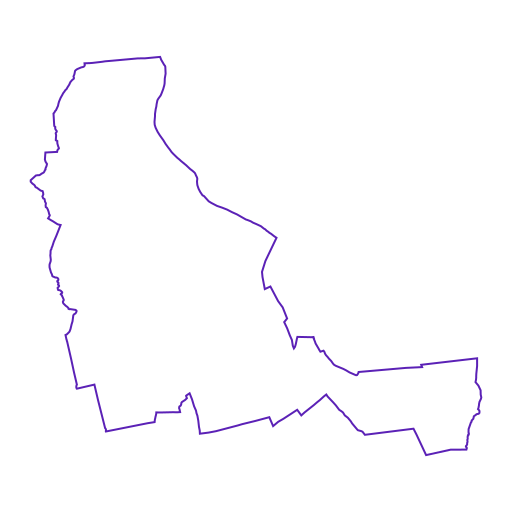 outline of Tansa, Iasi, Romania
{"feature_id": "2599482B58349207668580", "entity_name": "Tansa", "entity_type": "district", "adm_level": 2, "iso_a3": "ROU", "parent_name": "Romania", "parent_adm1": "Iasi", "projection": "robinson", "projection_center": [27.249, 46.905], "detail": "fine", "context": "isolated", "style": "outline", "palette": "violet", "viewbox_px": 512, "rotation_deg": 0, "n_neighbors": 0, "source": "geoboundaries", "source_scale": "gbopen_adm2", "svg_char_len": 5818}
<svg xmlns="http://www.w3.org/2000/svg" viewBox="0 0 512 512"><path d="M467.8,435.9L468.3,435.5L468.1,435.0L468.3,434.4L468.9,434.0L468.8,433.1L468.5,432.3L468.6,429.1L470.9,422.5L471.5,421.8L471.7,420.5L473.3,418.8L473.7,417.2L473.8,416.4L474.4,415.8L475.5,415.2L476.4,414.3L477.3,414.0L478.6,413.8L479.4,412.9L479.5,411.7L479.3,410.5L478.0,409.1L478.5,407.9L478.7,406.6L478.9,405.8L479.1,403.6L479.3,402.9L479.4,402.1L481.0,398.7L481.3,397.4L480.7,394.6L480.6,390.3L478.4,385.6L475.5,382.1L476.0,379.8L476.2,377.8L476.2,376.3L476.3,373.9L477.1,366.0L477.1,358.3L421.2,364.8L422.1,367.1L405.8,367.9L358.6,372.0L358.2,373.4L357.1,375.0L356.6,375.2L355.7,375.1L349.5,372.4L346.2,370.4L343.3,368.9L335.8,365.8L334.1,364.8L333.0,363.6L331.2,361.0L328.7,358.4L328.0,357.4L326.0,355.2L325.0,353.6L324.6,352.4L324.3,351.7L323.5,350.7L320.4,351.7L319.2,349.8L318.7,348.8L315.6,343.5L315.0,341.7L313.5,338.0L313.8,338.0L313.5,337.0L311.5,337.2L297.4,336.9L297.0,338.3L295.8,344.1L295.3,345.8L295.0,346.8L293.9,348.4L292.8,345.7L291.9,340.0L289.8,335.3L287.2,328.4L284.2,322.1L287.1,318.5L282.7,307.4L278.1,301.1L270.4,286.5L264.8,289.1L262.5,277.0L262.0,271.9L265.4,261.0L276.5,237.8L274.0,236.1L271.1,233.8L269.4,232.8L268.4,231.9L266.6,230.7L265.2,229.3L263.9,228.6L260.9,226.2L256.4,224.1L253.1,222.7L250.8,221.3L247.5,220.0L245.9,219.5L237.0,214.4L232.1,212.2L227.1,209.6L222.0,207.6L217.0,205.9L211.3,202.9L208.7,201.3L204.2,196.3L203.7,195.9L202.6,195.4L202.2,194.9L200.2,191.9L198.6,188.8L197.4,185.3L197.2,184.0L197.0,181.4L197.3,178.8L197.1,177.8L196.6,176.6L196.0,175.5L195.4,174.0L194.8,172.9L194.2,172.3L192.5,170.8L190.0,168.9L186.1,165.2L181.0,161.0L179.4,159.5L177.3,157.8L173.5,154.1L171.6,152.1L169.7,149.4L168.1,147.4L166.9,145.7L165.7,144.1L163.4,140.3L159.8,135.3L157.6,131.8L155.6,127.7L154.7,124.8L154.5,121.9L155.0,116.2L155.0,114.0L155.7,109.1L156.3,106.6L156.6,104.2L157.4,100.3L158.3,98.7L160.7,95.4L161.6,93.3L163.2,89.1L164.3,85.2L164.6,83.4L164.8,78.4L165.6,73.7L165.3,66.7L164.9,65.7L164.1,64.8L163.2,63.2L161.2,59.8L160.1,56.9L145.2,58.3L137.8,58.4L111.2,60.8L105.2,61.3L102.0,61.8L92.6,62.9L89.9,63.1L84.5,63.3L84.6,64.4L84.8,64.9L84.7,65.5L84.4,66.0L84.1,66.4L83.7,66.7L83.0,67.0L81.2,67.4L77.2,69.1L75.7,70.2L75.2,70.7L75.0,71.1L74.7,72.8L74.3,74.6L73.8,75.7L73.5,76.5L73.9,77.7L73.9,78.3L73.8,78.7L72.1,80.1L70.8,81.6L70.3,82.2L70.2,82.7L69.8,83.2L69.4,84.4L67.2,87.8L67.0,88.3L66.6,89.0L65.3,90.2L64.4,91.6L63.7,92.5L63.1,93.3L62.4,94.7L60.6,97.9L59.0,101.7L58.4,103.9L58.0,105.9L57.7,106.5L56.0,110.2L55.1,111.1L54.4,112.5L53.5,113.5L54.2,125.4L54.4,126.2L55.3,127.0L55.2,128.2L55.3,129.0L55.9,130.0L56.8,131.2L56.6,132.0L55.9,132.8L55.7,133.2L55.8,133.8L56.1,134.9L56.1,136.0L56.0,136.9L55.9,138.5L55.8,139.9L55.8,140.2L56.0,140.4L56.9,140.7L57.3,141.0L57.3,142.5L57.4,143.6L58.2,146.4L58.8,147.8L58.9,148.3L58.9,148.5L57.7,149.7L57.6,150.0L57.2,151.2L57.1,151.9L45.4,152.5L44.9,159.5L45.5,161.6L47.0,164.0L46.5,166.1L45.5,168.4L45.5,169.6L44.8,170.3L44.5,171.3L43.8,172.4L42.4,173.3L41.6,173.6L40.4,174.6L39.2,175.2L37.7,175.2L35.9,175.5L30.7,180.2L30.7,181.7L32.3,183.5L34.2,184.9L34.9,185.7L35.3,186.8L36.0,187.4L36.7,187.6L40.4,190.4L41.0,190.7L42.6,191.1L43.1,192.7L43.3,194.4L42.4,196.4L43.2,198.4L43.8,198.6L44.6,199.2L45.0,201.6L45.9,203.3L45.6,205.4L45.8,207.1L46.9,207.8L47.8,209.5L48.6,211.7L49.2,214.2L49.5,214.7L49.8,215.2L49.4,216.2L48.1,218.4L51.0,220.2L52.8,221.2L57.3,224.1L58.3,224.5L60.6,225.0L56.3,235.9L53.8,241.7L52.3,246.4L51.6,247.9L51.4,249.1L50.8,250.1L50.6,250.7L50.5,253.7L50.3,255.3L50.8,259.8L50.6,261.4L49.6,264.3L49.5,265.8L49.6,267.6L51.0,272.5L51.9,274.3L52.3,276.0L53.1,276.6L54.2,277.0L55.2,277.5L56.1,277.5L57.2,277.8L57.8,278.2L58.4,279.2L58.3,280.0L58.1,280.5L57.5,280.7L57.3,281.1L57.3,281.6L57.5,281.9L58.5,282.9L58.4,283.8L58.1,284.1L58.0,284.5L58.2,284.9L59.0,285.5L59.1,286.0L58.6,286.8L57.6,287.9L57.9,289.3L58.2,290.0L59.5,290.2L60.3,290.5L60.9,290.9L61.6,291.6L62.1,292.1L62.2,292.7L61.9,293.2L61.3,293.5L60.8,294.0L60.7,294.3L61.9,295.3L62.1,295.7L62.1,296.2L62.5,296.8L63.7,299.6L63.7,300.3L63.5,300.7L63.1,301.1L62.9,301.6L62.9,302.0L63.1,302.9L63.4,303.4L64.1,304.2L64.8,304.8L65.2,305.3L66.3,306.2L67.3,306.9L68.5,308.2L68.5,308.8L69.0,309.1L69.6,309.2L70.2,309.1L75.5,309.9L76.2,310.4L76.6,311.0L76.4,311.8L75.9,312.8L75.4,313.5L74.2,314.2L73.7,314.7L73.3,315.4L72.5,321.4L71.6,324.3L70.5,329.0L69.6,331.4L69.2,332.0L66.8,334.4L65.5,335.0L66.5,339.6L66.7,339.9L66.9,341.1L67.1,341.4L71.2,359.3L74.1,372.8L76.9,384.7L76.6,385.1L76.4,385.9L76.3,386.6L76.3,387.4L76.7,388.6L76.8,388.7L94.4,384.6L98.0,400.0L105.1,428.1L105.6,428.6L105.9,429.4L106.0,430.2L105.8,431.2L105.9,431.5L147.7,423.2L154.6,422.1L154.9,419.5L155.3,417.9L155.4,417.2L155.9,415.3L156.3,413.3L156.3,412.4L160.0,412.5L173.2,412.2L177.0,412.3L180.1,412.1L179.5,409.2L179.1,408.2L179.2,407.1L179.4,406.5L179.9,406.2L180.7,405.6L181.0,404.9L181.3,403.9L181.3,403.2L181.5,402.6L182.0,402.0L185.2,399.9L186.9,398.2L186.2,396.3L186.1,395.8L186.5,395.4L189.6,393.3L192.0,399.3L194.1,406.3L196.0,410.6L196.5,413.2L197.4,415.7L198.3,420.8L199.0,427.0L199.7,430.4L199.9,433.7L208.5,432.6L215.9,431.2L238.0,425.4L242.0,424.2L255.1,421.0L269.3,417.2L273.1,426.1L278.2,421.8L283.4,418.8L297.2,409.8L301.3,415.4L304.6,412.4L313.8,405.1L317.3,402.1L319.7,400.2L324.0,396.3L326.3,394.5L327.6,396.5L333.3,402.5L335.8,405.3L339.2,409.8L341.5,411.3L343.0,412.5L344.8,415.4L347.8,417.7L350.8,421.3L352.1,423.4L354.6,426.4L357.3,429.6L357.9,430.2L361.2,431.1L362.5,431.7L364.9,434.8L413.5,428.7L416.5,434.6L426.1,455.1L450.5,449.7L466.4,449.6L466.8,448.2L466.7,447.6L465.9,446.7L465.9,446.3L466.0,446.0L466.5,445.5L466.9,444.9L467.2,444.1L467.1,443.0L467.5,442.0L467.5,441.2L467.3,439.9L467.7,438.9L467.7,438.5L467.6,437.0L467.8,435.9Z" fill="none" stroke="#5b21b6" stroke-width="2"/></svg>